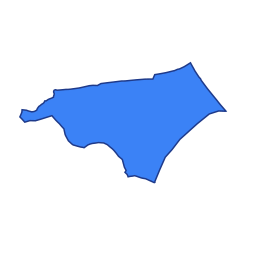 Shubra Al-Khayma 1, Al Qalyubiyah, Egypt (Mercator projection), rotated 250°
{"feature_id": "37247803B87868406017087", "entity_name": "Shubra Al-Khayma 1", "entity_type": "district", "adm_level": 2, "iso_a3": "EGY", "parent_name": "Egypt", "parent_adm1": "Al Qalyubiyah", "projection": "mercator", "projection_center": [31.255, 30.132], "detail": "fine", "context": "isolated", "style": "filled", "palette": "blue", "viewbox_px": 256, "rotation_deg": 250, "n_neighbors": 0, "source": "geoboundaries", "source_scale": "gbopen_adm2", "svg_char_len": 1972}
<svg xmlns="http://www.w3.org/2000/svg" viewBox="0 0 256 256"><g transform="rotate(250 128 128)"><path d="M149.4,213.0L151.4,212.2L151.5,212.1L156.6,210.9L158.7,210.4L160.0,210.2L160.9,210.1L163.8,209.6L166.3,209.2L167.9,209.0L166.4,201.9L166.1,198.8L165.9,196.5L166.2,194.6L166.0,191.2L166.2,189.9L167.0,182.6L167.8,177.8L168.7,172.9L169.0,171.4L165.5,168.1L166.1,166.3L166.4,165.6L168.1,160.6L170.4,152.3L171.8,146.9L173.2,141.3L174.3,138.2L176.2,129.9L177.6,124.0L179.0,117.8L178.4,113.8L180.1,109.6L181.0,106.1L181.6,101.2L182.3,95.8L184.2,87.0L184.8,84.8L185.5,82.8L186.7,78.1L187.8,74.2L188.7,73.1L188.8,71.7L188.1,70.8L187.2,70.4L185.5,70.4L184.5,69.9L183.3,68.9L182.4,68.5L182.3,67.5L182.2,66.5L182.2,65.5L182.2,64.1L182.1,62.7L181.8,61.6L181.5,60.4L181.9,59.0L180.7,57.9L180.1,56.6L179.8,54.8L179.1,53.1L178.8,51.7L177.4,49.6L176.0,48.3L175.7,46.7L175.6,45.5L176.1,43.1L178.1,40.2L179.4,38.7L180.5,36.5L181.4,34.7L179.2,33.7L177.6,32.3L175.4,30.2L173.8,30.9L172.5,31.5L171.3,32.0L170.3,32.4L168.8,33.0L168.5,38.3L166.5,43.4L166.1,49.4L165.9,54.4L165.6,60.7L160.1,62.8L157.5,64.0L155.5,65.0L152.2,66.2L149.1,67.5L147.2,67.2L143.3,66.7L141.1,66.9L139.9,67.1L136.4,67.6L132.1,69.8L130.8,70.7L129.6,72.4L128.4,74.0L126.3,77.0L125.3,78.9L124.5,80.0L125.8,84.5L125.9,86.9L125.7,89.1L125.0,92.2L124.4,95.3L123.4,97.5L122.3,100.0L119.4,102.9L116.5,104.5L113.7,106.2L112.0,107.0L108.7,108.2L105.8,109.1L104.7,109.4L103.5,110.1L100.3,111.9L96.0,111.5L92.4,111.2L88.7,111.7L87.4,110.0L84.7,111.3L83.5,111.4L82.1,111.4L81.9,112.9L81.7,114.0L81.3,115.6L80.9,118.0L79.6,119.7L78.1,121.5L76.5,123.5L75.5,125.1L74.3,127.2L67.3,134.4L67.2,134.4L68.7,135.1L77.9,143.5L87.8,153.0L92.7,162.1L99.6,172.9L104.0,183.8L105.3,187.0L108.4,194.7L113.4,209.2L113.0,219.0L110.3,225.7L110.3,225.8L111.9,225.2L115.3,223.9L116.1,223.6L117.9,222.9L120.8,221.9L121.7,221.6L123.9,220.9L129.3,219.0L137.7,216.1L147.7,213.1L149.4,213.0Z" fill="#3b82f6" stroke="#1e3a8a" stroke-width="1.5"/></g></svg>